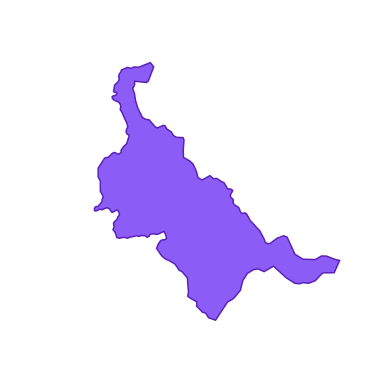 the district of Bria, Haute-Kotto, Central African Republic, rotated 150°
{"feature_id": "33826404B18938631147464", "entity_name": "Bria", "entity_type": "district", "adm_level": 2, "iso_a3": "CAF", "parent_name": "Central African Republic", "parent_adm1": "Haute-Kotto", "projection": "mercator", "projection_center": [22.039, 6.617], "detail": "fine", "context": "isolated", "style": "filled", "palette": "violet", "viewbox_px": 384, "rotation_deg": 150, "n_neighbors": 0, "source": "geoboundaries", "source_scale": "gbopen_adm2", "svg_char_len": 2634}
<svg xmlns="http://www.w3.org/2000/svg" viewBox="0 0 384 384"><g transform="rotate(150 192 192)"><path d="M250.9,160.9L250.2,151.8L248.7,147.6L245.5,143.1L242.7,137.8L242.2,130.5L240.5,128.2L239.0,119.9L245.1,107.1L247.8,103.9L246.5,100.8L242.7,94.3L245.1,90.8L243.0,82.6L240.8,80.4L240.5,74.8L235.7,69.2L216.4,78.9L209.3,79.0L199.3,82.6L192.3,89.9L184.8,93.8L177.6,94.0L173.3,92.4L169.4,87.0L158.5,87.0L153.3,70.6L148.6,61.5L144.7,58.7L141.3,58.1L136.7,54.7L129.5,53.5L122.6,55.7L119.1,56.5L109.2,51.0L98.4,58.9L102.1,62.4L107.5,69.2L111.7,71.8L119.1,71.9L129.5,78.3L134.0,86.6L133.0,97.0L132.2,105.4L134.6,108.3L141.4,109.4L145.1,109.0L149.6,108.4L151.8,109.0L153.7,111.6L153.0,115.8L152.7,124.6L153.5,127.8L155.8,138.0L155.7,145.6L156.5,147.4L159.0,148.3L160.0,149.3L160.0,150.4L159.3,155.2L161.8,160.1L161.6,162.9L160.3,164.0L160.1,165.6L161.1,167.6L160.5,170.1L156.1,172.8L156.4,174.4L157.4,175.5L159.6,176.9L159.6,183.9L161.3,186.4L163.7,191.3L166.7,192.7L168.3,197.2L176.9,197.3L178.7,199.6L179.6,201.8L178.0,207.1L177.1,215.6L178.4,219.9L182.1,226.2L178.6,232.7L173.0,240.9L172.6,243.6L178.2,247.2L179.8,250.1L180.0,254.6L182.3,259.2L182.2,262.9L183.6,264.1L190.0,264.8L191.3,266.9L193.0,275.8L195.8,278.1L197.7,281.7L197.6,282.7L197.0,291.6L195.2,299.4L192.5,306.3L191.7,311.2L188.3,313.4L186.2,316.6L176.7,309.6L174.4,309.9L162.6,319.5L163.4,324.9L175.8,326.7L179.7,329.3L182.9,329.5L185.7,332.2L192.2,333.0L193.3,331.7L195.6,330.7L197.4,329.3L198.7,326.0L201.2,324.3L205.5,323.3L209.6,318.4L209.3,316.9L207.9,316.2L207.6,315.1L208.4,314.2L210.1,314.0L211.8,314.6L213.4,314.5L214.2,313.0L213.5,310.5L210.6,306.5L210.3,304.1L210.9,301.4L212.5,300.0L213.0,298.7L212.8,295.2L213.3,292.4L214.1,283.9L214.9,280.8L218.6,277.8L219.3,275.9L219.1,274.2L217.9,272.5L224.3,266.6L228.6,265.5L232.7,263.6L233.4,261.5L237.0,261.6L239.3,265.0L241.4,265.4L246.8,264.0L250.8,265.0L261.3,259.6L265.7,252.2L265.9,247.4L271.0,238.5L271.2,232.5L273.8,230.1L274.9,228.6L280.9,226.4L282.2,227.3L283.5,227.3L285.0,226.2L285.6,225.0L285.6,224.2L283.9,223.3L281.5,223.3L280.2,223.1L278.9,221.6L275.9,221.3L273.6,220.9L272.0,218.9L271.6,214.6L270.9,214.1L265.9,214.0L265.3,211.4L266.3,208.4L268.8,207.5L270.5,205.8L274.4,205.0L275.9,203.8L276.6,201.0L279.3,198.8L278.7,195.7L279.9,190.1L278.0,188.2L273.9,187.0L270.8,184.2L267.8,183.8L265.3,182.8L262.6,182.1L261.1,181.4L260.4,180.1L258.9,179.8L257.3,179.7L256.3,178.6L254.6,177.8L253.4,175.2L251.0,175.1L249.9,176.2L247.8,176.0L242.9,172.5L235.8,171.9L236.6,165.9L238.1,164.1L239.9,164.5L242.0,165.5L243.9,165.4L247.4,163.7L250.9,160.9Z" fill="#8b5cf6" stroke="#5b21b6" stroke-width="1.5"/></g></svg>